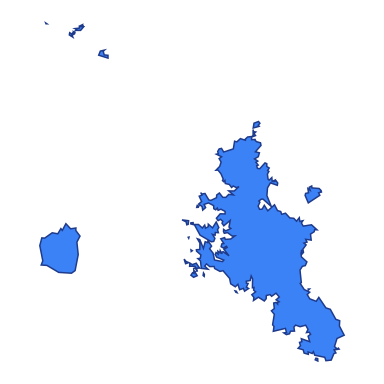 Aotea/Great Barrier Local Board Area, Auckland, New Zealand (orthographic projection)
{"feature_id": "76426892B55715625268474", "entity_name": "Aotea/Great Barrier Local Board Area", "entity_type": "district", "adm_level": 2, "iso_a3": "NZL", "parent_name": "New Zealand", "parent_adm1": "Auckland", "projection": "orthographic", "projection_center": [175.362, -36.123], "detail": "fine", "context": "isolated", "style": "filled", "palette": "blue", "viewbox_px": 384, "rotation_deg": 0, "n_neighbors": 0, "source": "geoboundaries", "source_scale": "gbopen_adm2", "svg_char_len": 6010}
<svg xmlns="http://www.w3.org/2000/svg" viewBox="0 0 384 384"><path d="M251.6,136.5L247.6,137.0L244.7,139.7L246.0,140.5L240.4,138.6L236.8,141.9L234.6,141.2L233.3,148.9L223.7,152.0L221.5,148.4L219.2,148.9L217.7,151.4L218.3,153.7L216.4,154.2L221.6,156.8L219.1,158.6L221.1,162.0L219.7,166.4L216.0,170.2L218.0,170.1L220.9,173.7L223.2,179.0L222.5,180.6L223.9,181.8L224.4,181.4L224.3,181.2L224.9,180.5L225.3,183.5L229.4,184.5L231.6,187.5L233.2,186.0L236.5,187.7L239.0,186.6L234.2,191.0L228.7,190.9L233.4,194.9L228.7,194.4L225.8,197.4L222.7,197.3L219.4,193.0L216.7,195.0L216.5,197.7L210.9,200.4L208.8,199.9L205.0,193.5L201.6,194.0L200.7,192.5L202.0,195.1L199.2,196.2L201.6,201.5L198.6,204.1L202.1,206.5L202.7,210.1L205.6,207.6L204.1,204.4L208.5,202.9L213.6,205.6L213.8,208.7L215.7,209.8L217.3,208.1L218.1,210.3L220.9,209.2L225.1,211.4L225.1,213.9L220.2,213.8L216.4,218.2L218.1,220.6L220.5,219.3L222.8,221.3L222.0,223.2L223.8,225.8L230.2,220.4L229.0,227.0L230.8,228.5L225.7,230.9L223.6,229.4L223.5,231.6L224.3,233.3L227.5,232.6L232.1,236.0L234.9,235.9L230.7,239.0L225.3,239.4L224.6,237.6L220.8,238.8L223.8,243.5L221.8,243.9L221.1,246.7L223.4,248.0L226.3,246.2L227.2,247.4L224.0,249.4L229.0,255.8L223.2,251.7L221.8,252.2L222.0,253.9L220.2,250.6L219.9,252.8L217.9,251.2L218.1,254.1L216.1,252.5L215.2,254.4L216.7,257.2L223.8,260.1L222.5,261.6L214.5,260.0L213.1,253.2L209.6,248.7L211.6,246.1L207.9,240.7L207.7,242.6L205.2,241.7L203.4,248.4L199.8,239.6L197.4,238.8L199.9,243.1L199.8,249.5L196.4,249.7L196.5,251.1L200.9,254.9L200.2,258.4L197.9,258.6L200.5,261.0L201.3,268.4L208.0,269.2L204.7,266.1L206.5,263.9L209.7,266.6L214.2,266.5L214.6,268.5L220.0,271.4L223.0,270.7L229.6,278.4L230.7,283.8L235.3,286.8L237.9,284.3L239.6,289.7L243.4,288.4L244.6,291.2L248.6,288.5L246.4,287.2L248.1,283.5L246.4,283.2L246.3,281.2L250.2,280.5L251.2,276.0L252.6,278.9L252.4,287.8L254.0,287.5L253.6,290.1L255.6,291.8L251.8,294.7L253.9,297.4L253.5,300.5L258.4,297.2L264.3,301.0L266.2,298.7L266.3,295.5L270.1,294.6L271.6,296.3L276.0,293.2L279.3,297.0L276.1,299.8L279.1,301.8L277.0,302.7L277.6,303.5L277.6,303.8L277.6,304.0L276.1,302.4L273.7,303.0L274.3,308.6L271.4,310.8L274.3,314.3L272.6,324.8L274.0,326.4L273.3,331.3L285.4,328.4L286.5,332.5L283.8,332.9L286.4,334.6L289.5,333.8L290.5,331.2L294.5,331.1L293.9,327.1L295.6,325.1L300.1,326.7L305.7,325.2L308.0,329.3L306.5,332.6L309.2,332.2L310.6,334.2L308.1,336.2L309.7,341.7L301.3,338.7L301.8,341.7L299.5,342.4L300.5,345.7L298.1,348.3L303.2,349.8L304.1,353.1L308.3,354.3L308.1,352.0L312.2,353.5L313.4,351.7L314.7,355.2L324.8,357.3L325.9,360.7L331.2,360.1L333.9,353.6L335.9,352.9L334.0,349.8L336.9,348.7L334.5,346.5L337.0,338.5L344.2,335.2L339.4,326.0L339.7,320.7L335.8,319.3L330.3,309.3L325.9,307.9L318.8,297.4L316.2,301.3L309.7,298.8L307.2,294.5L309.7,292.2L304.2,289.5L300.2,283.4L301.3,282.6L300.0,270.0L302.4,266.3L305.3,265.6L306.9,261.9L301.4,256.9L301.0,253.5L301.7,249.7L301.6,254.5L303.5,252.4L302.9,249.2L306.1,244.9L303.9,243.1L307.0,242.1L305.7,239.3L311.2,240.1L310.5,234.1L314.2,231.7L314.6,229.7L317.0,229.8L311.5,224.8L303.2,226.1L301.4,223.0L302.9,220.7L299.8,221.4L299.3,217.7L296.5,221.2L293.8,218.3L289.8,217.9L285.5,213.2L281.7,214.3L280.7,211.5L277.5,210.6L274.5,204.8L267.8,210.8L264.3,205.3L262.1,209.2L259.6,209.3L258.1,206.1L259.9,202.2L258.9,201.0L261.2,199.2L263.0,199.1L271.3,206.5L266.9,195.6L267.5,187.9L270.4,182.9L277.3,185.3L277.7,183.0L276.1,180.8L274.5,181.4L275.0,180.1L272.2,181.4L271.8,177.6L269.2,180.1L268.1,179.3L267.4,174.1L268.9,171.4L267.6,170.6L269.2,168.0L266.8,166.5L266.8,163.7L265.0,162.9L259.8,168.7L257.4,168.4L256.7,165.7L258.2,165.1L255.9,162.3L257.8,161.1L254.5,158.9L258.3,156.7L259.4,152.8L255.4,151.8L261.0,145.4L260.5,142.8L256.6,141.7L254.7,139.9L255.7,139.4L251.6,139.7L251.6,136.5ZM65.9,223.7L62.3,230.4L60.9,228.6L57.8,233.8L52.2,232.8L44.7,238.1L41.8,237.9L39.8,245.6L42.8,260.9L41.2,265.0L46.9,265.4L58.7,272.4L71.5,273.2L75.1,270.6L78.2,254.6L76.9,242.1L80.0,236.1L75.8,230.5L75.9,228.0L70.6,228.8L65.9,223.7ZM216.2,222.0L212.5,227.9L208.3,224.2L208.2,226.7L205.5,228.2L204.7,225.1L202.3,228.0L198.5,224.5L194.3,224.5L200.1,235.2L211.4,241.8L213.7,241.4L214.9,238.4L212.5,234.4L215.1,235.2L215.3,232.5L218.4,232.7L217.5,229.7L218.8,227.5L216.2,222.0ZM311.7,186.0L309.2,187.3L310.1,190.2L307.9,188.6L308.5,192.8L305.6,193.4L305.1,195.4L308.3,202.9L319.8,195.3L318.6,192.8L322.1,191.9L320.4,191.9L321.1,190.5L319.1,188.5L311.9,187.9L311.7,186.0ZM104.5,50.1L100.3,51.1L98.7,55.2L108.0,58.1L108.0,55.3L104.2,54.9L103.2,51.3L104.5,50.1ZM258.5,121.5L254.0,123.2L253.2,128.0L259.2,126.3L258.2,125.2L259.9,123.3L258.5,121.5ZM192.4,264.6L189.9,263.2L189.6,266.3L194.9,266.2L195.8,267.7L194.3,268.2L196.9,269.7L196.5,268.2L199.6,268.1L196.2,263.2L192.4,264.6ZM82.6,24.6L79.9,25.9L81.7,26.6L79.4,26.6L79.4,28.1L75.0,28.6L76.6,29.3L75.6,30.4L80.6,30.4L83.7,26.7L82.3,26.6L82.6,24.6ZM193.8,270.2L193.9,273.3L192.6,272.7L190.9,275.2L193.6,277.3L197.2,275.7L193.8,270.2ZM188.6,220.7L182.0,219.9L186.1,221.8L186.8,224.8L188.2,224.3L188.6,220.7ZM253.1,129.5L253.1,135.0L252.3,136.8L255.5,135.6L254.0,133.5L255.7,132.0L253.5,131.6L253.1,129.5ZM184.1,259.1L185.6,263.7L188.8,262.6L186.1,261.5L184.1,259.1ZM317.8,361.0L317.7,358.6L315.9,358.2L315.2,359.8L317.8,361.0ZM69.7,32.7L69.3,34.9L72.8,37.1L71.4,33.8L69.7,32.7ZM193.1,222.6L190.9,222.8L190.7,223.9L193.3,224.6L193.1,222.6ZM73.4,31.6L73.8,32.8L72.5,35.0L74.6,33.8L75.0,32.2L73.4,31.6ZM336.8,349.5L339.1,349.1L338.3,348.1L336.8,349.5ZM197.2,205.5L196.7,207.4L198.3,207.3L198.8,206.2L197.2,205.5ZM204.2,276.4L204.4,274.4L203.5,273.0L203.1,275.5L204.2,276.4ZM308.3,290.1L309.5,289.0L308.2,289.0L308.3,290.1ZM237.1,292.7L236.3,291.2L235.1,290.9L235.9,292.3L237.1,292.7ZM191.2,251.5L192.3,250.7L191.0,249.9L191.2,251.5ZM46.9,23.8L45.7,23.0L46.0,23.8L46.9,23.8ZM188.7,238.2L189.0,237.1L188.2,237.3L188.7,238.2ZM196.2,271.1L197.1,271.0L196.8,270.2L196.2,271.1ZM83.6,25.8L82.6,25.4L82.5,25.8L83.6,25.8ZM72.6,32.9L72.6,33.0L73.1,32.7L72.6,32.9Z" fill="#3b82f6" stroke="#1e3a8a" stroke-width="1.5"/></svg>